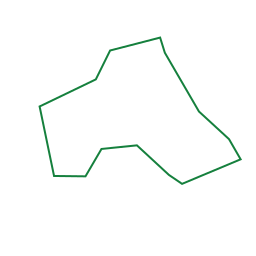 outline of Baie Lazare, rotated 334°
{"feature_id": "SYC-5203", "entity_name": "Baie Lazare", "entity_type": "state/province", "adm_level": 1, "iso_a3": "SYC", "parent_name": "Seychelles", "parent_adm1": "", "projection": "albers", "projection_center": [55.49, -4.757], "detail": "fine", "context": "isolated", "style": "outline", "palette": "green", "viewbox_px": 256, "rotation_deg": 334, "n_neighbors": 0, "source": "natural_earth", "source_scale": "10m", "svg_char_len": 337}
<svg xmlns="http://www.w3.org/2000/svg" viewBox="0 0 256 256"><g transform="rotate(334 128 128)"><path d="M152.1,201.9L144.2,188.1L128.4,147.5L95.0,135.2L68.6,152.8L40.5,138.7L58.0,69.9L120.4,70.2L145.9,50.5L196.5,60.8L194.1,76.5L199.0,144.3L213.9,182.3L215.5,205.5L152.1,201.9Z" fill="none" stroke="#15803d" stroke-width="2"/></g></svg>